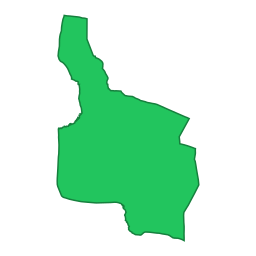 Ban Dan, Buri Ram, Thailand
{"feature_id": "78962969B34946496747939", "entity_name": "Ban Dan", "entity_type": "district", "adm_level": 2, "iso_a3": "THA", "parent_name": "Thailand", "parent_adm1": "Buri Ram", "projection": "albers", "projection_center": [103.173, 15.139], "detail": "fine", "context": "isolated", "style": "filled", "palette": "green", "viewbox_px": 256, "rotation_deg": 0, "n_neighbors": 0, "source": "geoboundaries", "source_scale": "gbopen_adm2", "svg_char_len": 5051}
<svg xmlns="http://www.w3.org/2000/svg" viewBox="0 0 256 256"><path d="M194.4,159.3L195.3,154.0L195.4,153.0L195.3,150.2L195.4,148.6L194.6,148.4L192.9,147.7L189.9,146.6L187.2,145.7L184.1,144.8L181.3,144.1L179.8,143.8L179.7,141.4L179.2,136.8L189.2,118.6L188.6,118.3L187.9,118.0L186.7,117.4L185.9,117.2L169.4,110.0L157.1,104.5L155.0,103.9L152.0,103.4L149.8,102.9L149.0,102.8L147.4,102.5L146.8,102.3L144.9,101.6L144.0,101.4L142.1,100.9L140.6,100.6L139.2,99.7L138.1,99.2L136.6,98.6L135.6,98.3L134.3,97.4L132.4,96.5L128.7,96.2L127.3,96.0L125.3,95.6L124.9,95.5L124.5,95.1L121.6,92.4L120.9,91.1L117.9,90.9L115.9,90.8L114.5,90.9L113.2,90.7L110.5,90.6L109.8,89.6L109.0,88.8L108.9,88.7L108.4,88.7L108.1,87.1L107.8,86.2L107.8,85.0L107.8,84.5L107.7,84.2L106.9,83.9L106.8,82.7L106.9,81.4L107.0,80.7L107.3,80.1L107.7,79.3L107.8,79.0L107.9,78.7L107.9,77.8L107.7,77.3L106.7,75.4L105.6,73.6L105.2,72.6L104.7,71.4L102.4,68.4L102.6,67.7L102.7,67.2L102.8,66.2L102.8,65.1L102.9,64.5L102.9,64.1L102.8,63.3L102.6,62.7L101.8,61.4L100.4,60.2L99.4,59.4L98.2,58.7L97.3,58.3L95.6,57.7L95.2,56.2L94.5,56.2L93.9,56.0L93.4,55.7L93.1,55.2L86.9,39.1L87.0,18.8L84.8,18.2L83.8,18.1L82.8,18.1L82.4,18.0L79.3,17.1L77.7,16.9L69.2,16.0L67.0,15.9L64.2,15.4L64.0,16.6L63.0,19.2L62.2,23.2L61.6,27.1L61.4,30.9L60.3,34.2L59.8,36.6L59.7,37.6L59.5,39.3L59.4,46.3L58.5,51.5L58.1,55.9L59.1,59.3L60.3,61.0L60.9,61.5L61.9,62.0L62.6,62.4L63.9,63.5L65.8,65.7L67.2,67.7L67.7,68.5L69.0,71.4L69.8,73.3L70.0,73.9L70.2,74.3L71.1,75.8L71.6,77.7L71.7,77.9L71.8,78.1L71.5,78.9L71.5,79.0L73.6,79.8L74.1,80.0L76.0,81.2L76.8,81.2L77.2,81.3L77.7,81.5L78.0,81.6L78.2,81.8L78.1,83.4L78.1,84.1L78.6,84.2L78.6,84.5L79.1,84.5L79.3,84.5L79.2,84.7L79.2,84.9L79.7,89.0L79.7,89.6L79.6,92.1L79.7,92.5L79.7,92.9L79.7,93.4L79.3,95.3L79.1,96.1L79.0,97.0L78.8,98.7L79.0,99.4L79.3,100.3L79.5,101.6L79.8,102.2L80.3,105.3L81.2,107.5L81.4,108.4L82.0,113.0L81.6,113.2L81.4,113.3L81.3,113.7L81.2,113.7L80.3,114.0L80.2,114.0L80.4,114.3L80.6,114.4L80.7,114.6L80.2,114.8L80.0,115.3L79.2,115.3L79.2,115.5L79.6,115.7L79.7,115.8L79.6,116.0L79.4,116.4L79.4,116.8L79.3,117.2L79.3,117.4L79.5,117.8L79.4,118.0L79.1,118.1L78.3,117.6L78.0,117.4L77.8,117.4L77.8,117.5L77.9,117.8L77.9,118.2L78.3,118.9L78.3,119.0L78.2,119.1L77.7,118.7L77.3,118.8L77.3,119.2L77.1,119.3L76.9,119.2L76.8,119.3L76.7,119.4L76.8,120.2L76.9,120.5L76.6,120.7L76.3,120.3L76.2,120.3L75.9,120.6L75.7,120.8L75.6,121.2L75.2,121.3L75.1,121.5L75.0,121.8L74.8,122.7L74.8,122.9L74.6,123.1L73.7,123.4L73.5,123.6L73.2,123.8L72.6,123.9L72.3,124.0L71.8,124.3L71.7,124.4L71.4,124.1L71.0,123.6L70.9,123.6L70.6,124.0L70.2,123.7L69.9,123.8L69.7,124.3L70.1,124.7L70.1,124.8L70.0,125.1L69.9,125.2L69.6,125.1L69.5,124.9L69.4,124.8L69.2,124.7L69.0,124.8L69.0,125.0L68.5,125.8L68.4,126.3L68.1,126.4L67.8,126.3L66.6,126.2L66.4,126.3L66.2,126.8L65.9,126.9L65.7,126.8L64.6,126.3L64.4,126.3L64.4,126.7L64.3,126.8L62.5,127.4L62.3,127.6L62.2,127.7L62.1,128.1L61.9,128.2L61.5,128.2L61.2,128.5L60.8,128.4L60.7,128.1L60.3,128.1L60.1,128.2L59.7,128.5L59.4,128.5L59.1,128.2L58.9,128.1L58.7,128.2L58.7,128.4L59.1,128.8L59.0,129.0L58.6,129.3L58.4,129.3L58.7,135.2L58.6,137.2L58.9,142.4L59.0,144.9L58.9,150.2L58.8,153.6L58.4,157.1L58.2,161.2L57.9,168.3L57.4,176.5L57.3,177.8L57.2,181.0L57.3,184.5L57.8,186.5L61.6,195.9L63.3,197.3L65.8,198.0L69.5,199.2L74.3,200.3L81.0,201.6L84.1,201.9L94.6,202.8L96.7,202.9L110.5,202.5L114.7,202.2L116.7,202.3L118.5,202.7L121.1,203.6L121.3,203.7L121.6,204.0L121.8,204.6L122.4,204.7L122.5,204.8L122.5,205.0L122.5,205.6L122.8,205.8L123.3,205.5L123.4,205.4L123.6,205.5L123.8,205.9L123.7,206.8L124.0,207.0L123.8,207.3L123.3,207.2L123.1,207.3L123.2,207.6L123.5,208.6L123.8,208.8L124.8,209.4L125.0,209.6L125.8,211.5L125.9,212.1L126.0,212.4L125.9,212.5L125.6,213.0L125.1,214.5L124.8,214.7L124.7,215.0L124.7,215.3L125.2,216.2L125.4,217.0L125.5,218.2L125.7,218.8L125.6,219.7L125.4,220.2L125.4,220.4L125.5,220.5L126.0,220.7L126.1,220.8L126.4,221.2L126.7,221.4L126.8,221.6L126.7,222.1L127.0,222.2L127.2,222.3L127.2,222.7L127.5,223.0L127.9,223.9L128.0,224.6L128.3,225.0L128.4,225.3L128.4,225.7L128.6,225.9L129.1,226.3L129.3,226.4L129.3,226.5L128.5,227.7L128.7,228.3L128.7,228.8L128.6,229.3L128.7,229.6L128.8,229.8L129.2,230.0L129.6,230.7L129.9,231.0L130.0,231.1L130.6,231.5L130.9,231.6L131.1,231.8L131.8,232.1L132.0,232.7L132.1,232.9L132.3,233.0L133.5,233.5L135.4,234.6L136.3,234.7L139.4,234.9L140.0,235.1L140.6,235.0L141.3,234.8L143.3,233.0L144.1,232.4L144.6,232.2L145.1,232.1L145.7,232.0L149.8,232.2L150.5,232.3L151.3,232.4L153.6,232.7L157.0,233.1L157.7,233.1L158.9,233.2L159.7,233.3L162.4,233.9L164.5,234.2L166.8,234.6L168.0,234.8L169.7,235.6L170.8,236.4L172.2,237.3L172.8,237.7L173.1,237.9L173.8,237.9L174.6,238.1L175.0,238.1L175.9,238.1L176.6,238.2L177.8,238.2L179.4,238.6L182.0,239.5L184.1,240.6L184.1,237.9L184.0,233.8L184.1,229.4L184.1,226.4L183.8,222.4L183.6,215.3L183.8,212.6L183.9,212.3L184.9,210.6L186.6,207.8L188.3,205.1L190.5,200.9L194.6,193.2L198.8,184.9L198.3,179.8L196.4,168.8L195.9,165.5L195.2,161.4L194.4,159.3Z" fill="#22c55e" stroke="#15803d" stroke-width="1.5"/></svg>